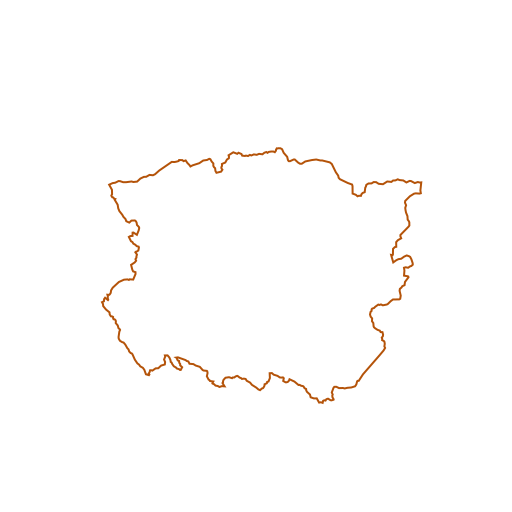 outline of Huong Khe, Ha Tinh, Vietnam, rotated 309°
{"feature_id": "81297802B53129181429645", "entity_name": "Huong Khe", "entity_type": "district", "adm_level": 2, "iso_a3": "VNM", "parent_name": "Vietnam", "parent_adm1": "Ha Tinh", "projection": "natural_earth1", "projection_center": [105.668, 18.193], "detail": "fine", "context": "isolated", "style": "outline", "palette": "amber", "viewbox_px": 512, "rotation_deg": 309, "n_neighbors": 0, "source": "geoboundaries", "source_scale": "gbopen_adm2", "svg_char_len": 6153}
<svg xmlns="http://www.w3.org/2000/svg" viewBox="0 0 512 512"><g transform="rotate(309 256 256)"><path d="M368.5,272.9L368.8,271.0L370.2,269.3L371.3,265.4L375.2,257.0L375.2,254.4L371.9,247.3L370.7,245.8L368.9,242.1L365.8,239.1L360.5,234.8L356.5,233.5L355.4,232.1L355.1,230.0L355.4,225.4L354.8,224.6L351.0,222.7L350.3,221.7L350.7,220.4L352.7,217.8L353.6,212.6L355.4,209.1L355.1,207.2L353.7,205.4L353.0,205.0L352.7,204.4L351.1,204.7L350.4,205.2L348.5,205.3L348.1,203.7L346.8,202.1L344.9,200.4L343.4,200.0L343.3,198.6L341.5,197.5L339.1,197.0L337.3,194.1L335.1,192.9L333.6,190.4L331.2,189.1L330.7,187.6L328.7,186.9L327.7,185.0L326.8,184.5L325.3,182.1L326.1,180.5L325.2,177.4L323.6,177.1L322.3,173.1L317.0,171.3L316.1,172.6L314.8,173.4L312.7,172.7L309.3,173.3L306.1,171.6L304.6,172.9L303.2,173.2L302.3,174.1L301.9,175.6L299.6,175.8L295.8,172.9L296.6,170.9L298.5,169.0L298.6,167.5L299.2,166.1L301.1,164.6L301.5,162.1L302.5,159.6L302.1,158.5L299.8,157.5L297.0,154.9L292.4,153.5L286.6,149.7L284.3,148.7L284.8,147.1L285.1,144.2L286.0,141.2L284.1,140.0L284.2,138.5L282.4,136.1L282.1,135.8L281.1,136.1L279.4,134.9L277.8,133.6L276.1,131.3L261.5,127.0L256.0,126.1L253.9,125.1L252.0,122.2L248.4,120.8L247.0,119.1L243.4,117.4L239.0,116.8L236.3,114.1L235.6,112.4L231.5,108.5L229.7,106.2L228.6,103.2L227.7,102.0L224.4,100.5L222.4,98.7L219.0,97.0L216.8,102.4L213.4,105.3L212.0,105.5L211.5,106.3L211.2,107.4L211.6,108.0L211.5,109.1L211.2,109.9L211.7,110.8L210.7,111.0L208.8,116.2L206.3,119.0L204.9,121.6L203.9,126.1L203.0,128.3L202.6,131.3L201.4,133.3L202.2,136.5L205.1,136.9L207.4,139.5L207.4,140.8L206.8,142.2L205.2,144.0L204.9,146.6L204.3,147.6L202.1,148.7L197.5,150.1L197.1,146.0L196.5,145.4L193.9,147.4L192.4,145.8L190.8,145.2L188.8,149.6L189.1,151.1L188.4,152.9L188.8,155.1L188.6,157.1L189.4,158.9L188.9,159.7L186.2,161.1L184.4,160.5L183.3,159.8L183.2,159.1L182.2,162.6L180.3,163.4L179.5,164.1L177.7,164.3L176.9,165.8L174.7,165.8L170.5,164.5L167.6,168.4L166.7,170.2L167.6,172.5L166.2,173.7L160.4,175.4L158.3,172.4L157.4,172.3L156.9,170.8L154.5,168.3L149.5,165.8L141.2,164.6L138.1,165.0L135.9,166.3L134.1,166.5L133.5,166.4L132.4,164.9L131.4,166.3L130.0,167.2L129.0,168.7L128.6,168.7L128.6,165.0L126.9,165.1L125.1,166.3L123.2,165.4L122.4,167.3L120.9,168.8L120.0,173.2L120.0,177.6L118.5,179.1L117.8,181.2L118.6,182.5L118.7,183.3L117.8,184.0L117.2,185.1L117.8,185.9L117.8,186.9L117.2,188.1L115.6,189.2L115.0,192.3L113.4,194.5L113.3,196.4L113.0,196.9L111.2,197.4L106.5,200.2L105.4,201.3L104.5,203.6L104.8,206.1L105.4,207.6L104.9,210.2L103.4,214.0L103.2,215.7L102.0,217.5L101.7,219.7L102.1,220.7L101.9,221.8L99.2,227.1L97.9,231.4L98.0,233.5L97.4,235.5L97.9,238.4L97.3,240.8L94.8,244.9L96.0,247.8L96.8,247.7L97.1,246.6L98.8,246.4L100.5,245.6L101.3,246.5L101.7,247.6L105.5,248.7L107.3,250.7L111.1,251.2L114.3,253.4L116.4,252.1L117.7,249.7L120.8,248.7L121.4,247.8L123.1,249.8L122.6,252.5L121.3,255.0L120.0,256.4L120.1,257.5L119.4,258.7L118.6,261.5L119.0,264.2L118.7,265.1L119.7,267.7L119.6,268.6L120.1,269.2L123.1,268.6L123.3,265.9L124.4,265.0L124.7,263.6L126.0,262.3L125.6,260.9L126.3,259.4L126.9,258.8L126.8,257.9L128.1,259.1L130.8,266.8L130.8,268.2L131.5,269.8L130.4,272.1L132.6,275.4L132.9,278.0L134.5,282.1L133.8,286.3L134.0,287.3L135.8,290.1L135.7,290.7L134.6,292.0L131.6,293.5L130.1,297.0L130.3,297.8L129.9,298.9L131.6,301.8L129.6,302.2L129.5,302.5L130.0,304.1L129.8,306.1L130.9,308.1L131.2,310.0L133.4,311.4L134.9,313.6L136.2,309.9L137.1,309.9L137.9,309.2L139.4,308.7L142.2,308.9L144.8,311.3L146.0,314.3L147.0,314.4L148.0,315.6L149.5,315.9L151.0,316.8L151.2,317.4L151.2,319.8L151.7,321.2L151.6,322.4L153.1,323.8L153.9,325.3L153.2,327.3L153.9,331.1L153.3,333.9L153.9,339.1L153.8,341.8L154.3,343.6L156.6,343.9L157.7,344.6L158.7,344.6L160.6,344.2L161.7,343.4L163.9,344.5L165.2,343.9L166.3,344.7L169.9,343.6L173.5,340.4L175.0,342.0L174.9,344.4L176.4,348.2L176.6,350.9L177.6,352.4L178.6,353.3L178.5,354.5L176.0,355.8L176.3,357.7L176.6,358.8L178.0,359.9L179.8,360.1L181.3,359.6L182.6,364.9L182.5,370.2L183.3,371.0L183.6,372.9L184.4,374.2L184.5,375.1L183.8,377.0L184.2,378.6L183.1,379.7L182.5,381.2L182.3,385.1L180.6,387.4L181.8,390.7L183.6,392.8L181.8,397.3L183.2,398.5L183.8,400.2L185.7,399.3L186.9,399.9L187.4,401.0L188.9,400.8L190.0,401.4L190.5,401.9L190.8,404.6L191.3,405.5L193.1,406.7L193.5,406.5L194.3,404.4L195.4,403.2L196.6,402.8L197.6,400.8L202.3,399.2L203.6,399.2L204.9,400.7L205.6,403.7L208.1,406.6L208.9,408.3L211.0,409.9L213.8,412.8L217.1,415.0L219.3,414.8L222.2,413.5L222.9,413.5L223.6,414.4L231.4,413.6L256.8,414.5L262.9,414.6L265.8,414.2L266.6,412.6L268.7,411.4L270.1,409.9L270.4,409.2L270.0,406.9L270.9,406.4L271.7,405.1L273.4,405.1L274.8,404.3L276.4,402.2L275.3,400.7L275.9,399.2L275.1,396.9L274.8,394.0L274.9,392.5L275.4,391.6L277.7,389.4L278.3,387.2L280.6,385.5L281.0,383.3L282.3,381.4L284.7,380.2L286.0,380.4L287.4,379.4L288.2,379.4L290.0,380.5L291.5,380.6L295.2,381.6L295.6,382.7L297.0,383.6L297.5,385.6L300.5,388.1L301.4,388.6L305.7,389.1L308.4,389.8L312.4,394.6L313.5,395.0L316.3,393.4L319.3,389.5L321.0,388.5L323.1,388.9L324.6,388.7L326.8,389.8L329.6,388.1L335.4,387.9L335.9,387.2L335.8,386.8L333.9,383.4L338.1,380.5L340.0,378.4L341.4,379.4L342.6,381.6L345.0,382.3L346.0,383.0L347.9,383.3L349.0,382.3L351.2,378.9L352.3,376.4L352.2,375.3L351.3,372.8L348.7,371.5L345.3,370.6L343.2,368.7L341.1,367.7L337.4,366.7L341.9,360.3L342.6,361.6L343.4,361.4L347.8,358.0L350.3,358.3L351.4,359.2L355.0,356.2L357.6,356.3L361.1,357.7L362.2,355.8L363.2,355.0L374.9,356.1L376.2,356.0L378.7,353.9L379.3,352.7L379.7,351.0L382.3,348.6L384.2,345.2L385.7,343.4L387.3,341.7L389.9,340.7L391.2,338.2L392.7,337.3L399.3,338.0L403.9,339.6L405.2,340.7L407.4,343.8L408.5,344.6L410.4,342.5L417.2,338.1L416.2,337.1L415.3,335.2L412.6,333.5L411.8,329.3L411.0,328.1L407.8,326.6L407.4,322.9L405.3,319.7L404.8,317.9L402.5,316.8L400.9,315.0L398.8,314.6L396.5,311.1L391.7,309.5L389.3,305.9L389.0,302.9L387.5,300.9L385.1,300.1L383.2,297.8L381.5,297.2L380.5,297.0L379.2,297.7L377.9,297.9L374.0,300.3L372.1,299.2L370.3,299.1L368.8,299.7L367.5,298.0L366.3,297.3L366.4,295.1L365.3,291.8L371.1,287.0L372.0,285.7L370.5,281.4L368.5,272.9Z" fill="none" stroke="#b45309" stroke-width="2"/></g></svg>